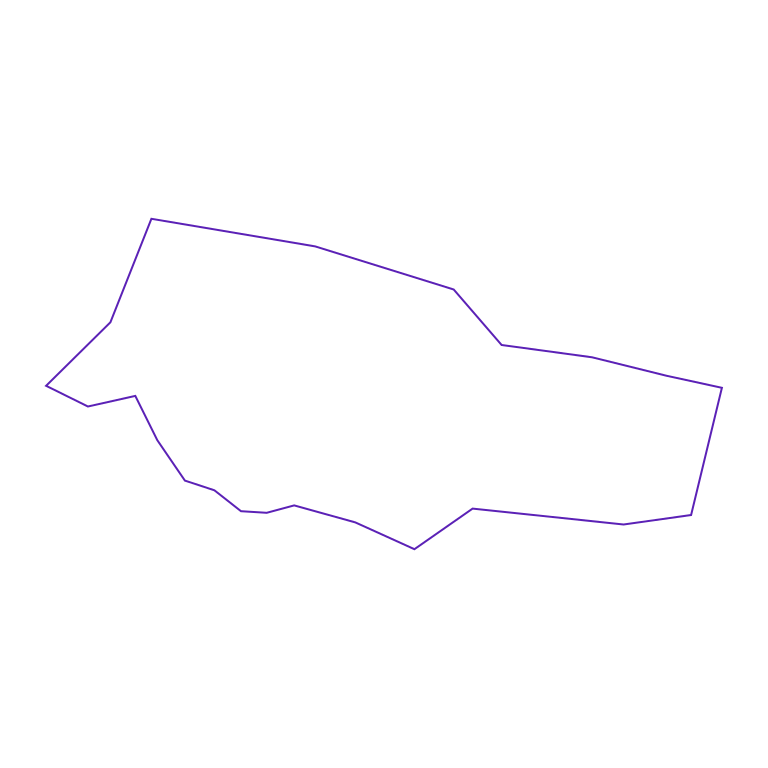 SVG path tracing the border of Sironko
{"feature_id": "UGA-3114", "entity_name": "Sironko", "entity_type": "County", "adm_level": 1, "iso_a3": "UGA", "parent_name": "Uganda", "parent_adm1": "", "projection": "natural_earth1", "projection_center": [34.329, 1.164], "detail": "fine", "context": "isolated", "style": "outline", "palette": "violet", "viewbox_px": 768, "rotation_deg": 0, "n_neighbors": 0, "source": "natural_earth", "source_scale": "10m", "svg_char_len": 401}
<svg xmlns="http://www.w3.org/2000/svg" viewBox="0 0 768 768"><path d="M623.6,524.5L472.6,508.6L414.4,549.2L355.3,522.4L294.2,505.4L266.7,512.8L241.0,511.2L214.4,490.3L184.9,480.6L157.3,440.2L135.3,395.9L87.9,406.5L46.1,385.8L110.4,322.3L151.4,218.8L315.2,246.4L453.7,289.5L501.6,345.0L592.1,357.3L666.7,375.8L721.9,387.8L691.1,515.0L623.6,524.5Z" fill="none" stroke="#5b21b6" stroke-width="2"/></svg>